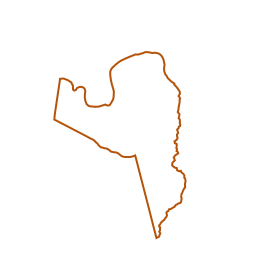 Petrolândia, Pernambuco, Brazil, rotated 121°
{"feature_id": "56859067B45714966424810", "entity_name": "Petrolândia", "entity_type": "district", "adm_level": 2, "iso_a3": "BRA", "parent_name": "Brazil", "parent_adm1": "Pernambuco", "projection": "albers", "projection_center": [-38.304, -8.913], "detail": "fine", "context": "isolated", "style": "outline", "palette": "amber", "viewbox_px": 256, "rotation_deg": 121, "n_neighbors": 0, "source": "geoboundaries", "source_scale": "gbopen_adm2", "svg_char_len": 2655}
<svg xmlns="http://www.w3.org/2000/svg" viewBox="0 0 256 256"><g transform="rotate(121 128 128)"><path d="M66.0,111.1L65.9,114.5L64.7,119.8L63.5,121.6L62.6,124.0L60.8,126.0L59.0,127.4L58.1,127.9L54.6,129.4L53.5,130.6L51.5,132.4L50.7,133.3L49.4,135.3L48.6,137.4L48.4,138.9L48.4,140.3L49.5,143.6L50.4,144.7L51.2,145.7L52.6,149.8L54.1,152.3L55.9,153.6L59.5,156.8L60.5,158.2L60.9,159.3L66.5,163.6L68.5,165.0L70.7,166.6L72.4,167.6L73.2,168.3L76.0,169.7L79.9,171.2L82.3,171.8L83.6,172.3L85.3,172.6L87.4,172.6L89.1,172.1L91.6,170.6L95.3,167.7L98.7,164.5L103.5,159.3L105.8,157.9L108.5,156.5L109.9,155.9L111.3,155.5L114.5,155.4L117.2,155.4L118.4,155.8L119.4,157.5L119.5,159.4L124.7,164.1L126.7,167.0L128.5,170.8L129.0,171.8L129.3,173.2L128.9,175.7L126.5,178.7L124.1,180.8L121.1,182.4L119.8,182.9L118.1,183.8L116.8,185.3L116.4,186.6L116.4,188.0L117.2,190.0L118.7,191.5L120.2,192.3L122.3,192.3L123.7,193.5L123.3,195.0L119.9,197.2L119.2,198.6L118.1,200.1L118.0,204.6L118.4,206.3L118.6,207.9L118.9,208.9L119.8,210.2L120.9,211.6L123.1,210.6L130.3,207.6L141.2,203.1L154.2,197.7L158.7,195.5L157.9,182.6L156.4,158.0L156.4,156.6L156.2,153.7L156.0,151.9L156.1,150.3L156.5,149.0L156.8,148.0L157.0,146.5L157.7,144.8L158.3,142.7L158.5,141.2L157.7,139.2L157.5,137.7L156.8,136.3L156.5,134.6L156.6,132.3L157.0,130.5L156.4,128.6L155.8,127.0L155.3,126.1L154.9,124.9L154.8,122.8L155.4,119.0L155.0,117.2L154.1,115.0L152.9,113.3L151.9,111.4L149.4,108.8L147.8,107.7L185.0,69.9L196.3,58.5L207.6,47.0L206.3,46.2L205.0,45.4L203.7,45.8L201.6,46.1L200.8,47.8L199.1,47.9L197.7,48.7L196.6,49.4L196.4,50.5L195.3,51.1L194.2,50.9L191.9,50.9L190.2,50.5L188.1,49.6L186.2,49.7L184.5,49.3L182.8,49.6L181.9,50.4L181.0,51.4L179.5,51.4L178.3,50.7L176.5,50.9L175.4,49.6L173.8,48.8L171.4,47.5L169.4,47.4L168.1,46.6L166.4,45.7L165.4,44.6L164.0,44.4L161.7,45.4L160.5,45.8L159.6,47.0L157.2,48.1L155.8,48.1L153.2,48.6L151.0,48.7L149.4,48.4L148.0,49.5L146.3,50.5L145.0,50.9L143.6,51.5L142.0,52.9L141.7,54.1L139.7,55.2L138.9,56.5L138.4,59.6L137.5,60.6L138.8,62.0L138.9,64.2L137.2,65.7L137.8,67.1L137.7,69.3L137.3,70.9L135.7,71.8L134.3,71.9L132.8,71.5L131.6,71.2L130.6,72.3L129.7,73.6L127.5,73.5L125.7,72.8L123.9,71.9L122.7,73.3L122.8,74.4L120.7,75.2L120.4,76.1L119.4,76.6L117.5,77.3L116.5,78.4L116.9,79.9L115.5,81.3L113.0,80.2L111.1,80.3L109.4,82.1L108.4,82.6L106.4,82.5L105.5,83.5L104.0,85.1L102.2,84.5L100.8,85.1L99.5,84.4L98.4,84.8L97.5,85.8L94.0,88.0L93.5,89.7L91.6,90.2L90.4,90.6L89.6,91.2L88.7,93.6L87.0,94.0L85.9,94.4L84.6,95.1L80.2,96.7L78.8,97.3L77.3,98.3L75.8,98.5L74.5,101.1L71.9,101.1L70.2,102.4L68.9,105.0L67.9,107.3L67.0,110.7L66.0,111.1Z" fill="none" stroke="#b45309" stroke-width="2"/></g></svg>